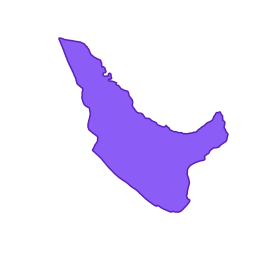 the district of Cidade De Pemba, Cabo Delgado, Mozambique, rotated 111°
{"feature_id": "85939544B58572468312701", "entity_name": "Cidade De Pemba", "entity_type": "district", "adm_level": 2, "iso_a3": "MOZ", "parent_name": "Mozambique", "parent_adm1": "Cabo Delgado", "projection": "natural_earth1", "projection_center": [40.514, -13.03], "detail": "fine", "context": "isolated", "style": "filled", "palette": "violet", "viewbox_px": 256, "rotation_deg": 111, "n_neighbors": 0, "source": "geoboundaries", "source_scale": "gbopen_adm2", "svg_char_len": 5682}
<svg xmlns="http://www.w3.org/2000/svg" viewBox="0 0 256 256"><g transform="rotate(111 128 128)"><path d="M68.6,224.4L69.5,224.4L70.1,224.0L70.7,223.2L71.5,222.5L72.6,221.4L73.2,221.0L74.2,220.0L74.6,219.3L75.5,218.8L76.2,217.9L76.9,217.5L77.7,216.5L78.5,216.0L79.1,215.3L79.9,214.8L80.7,214.0L82.5,212.4L83.1,212.0L83.9,211.1L85.8,209.3L86.5,209.0L87.1,208.2L89.6,205.7L90.3,205.2L90.7,204.3L91.4,203.9L91.8,203.3L92.6,202.6L93.2,201.7L93.9,201.3L94.3,200.5L95.1,200.1L95.4,199.3L96.0,199.0L96.6,198.4L97.2,197.7L98.6,196.6L98.9,195.8L99.6,195.4L100.4,194.8L101.0,194.0L102.1,193.6L103.5,192.3L104.8,191.6L105.0,190.9L105.2,190.7L105.3,190.5L107.5,184.2L111.7,183.4L112.2,183.1L113.6,182.7L113.8,182.5L116.1,182.0L118.3,180.5L120.3,178.9L122.0,177.0L122.8,174.5L123.1,171.4L124.1,170.7L124.4,170.6L127.6,168.6L128.3,168.3L129.2,168.1L129.8,168.0L131.0,167.8L132.4,167.5L133.1,167.5L133.8,167.3L134.5,167.3L135.5,167.1L136.3,167.1L137.5,166.9L138.4,166.8L139.0,166.6L139.5,166.2L140.2,166.2L141.0,165.9L141.8,165.4L142.6,164.7L143.5,164.0L143.9,163.1L145.2,159.3L145.5,158.3L145.7,157.6L145.9,156.6L146.5,154.8L146.7,153.9L147.6,152.9L148.2,152.7L149.4,152.3L150.3,152.1L150.9,151.8L151.7,151.8L153.8,152.2L155.3,152.7L155.9,152.7L156.8,152.8L158.2,152.8L159.1,152.9L159.8,152.9L160.4,153.2L161.7,153.0L162.3,151.3L165.7,142.8L171.8,131.8L175.3,124.3L177.5,118.4L177.7,117.3L177.8,117.0L178.0,116.0L178.3,115.0L178.6,113.9L178.8,112.1L180.1,107.8L181.6,103.7L182.4,100.0L182.5,99.7L182.6,99.0L183.7,95.8L185.0,93.0L185.0,92.9L185.0,92.7L185.1,92.4L186.1,90.1L187.8,86.1L189.1,81.8L189.9,78.7L190.6,76.0L190.8,74.7L190.8,73.7L190.6,73.3L190.4,73.1L190.1,73.3L189.9,73.3L189.8,72.8L189.8,72.0L189.8,71.8L189.9,70.6L190.5,68.7L190.8,66.3L191.0,62.3L191.1,60.7L191.1,58.5L191.0,57.8L190.8,57.3L189.9,56.7L189.7,56.0L189.7,55.4L189.7,54.4L189.3,53.6L189.1,52.8L188.8,51.6L188.2,50.4L187.4,49.5L186.4,48.7L184.9,47.9L183.7,47.4L182.1,46.7L178.6,45.3L175.5,44.4L174.3,44.2L173.2,44.5L172.8,45.3L172.8,46.2L172.5,47.3L171.6,48.0L170.9,48.6L170.0,49.2L168.8,49.1L168.9,49.3L167.4,49.5L165.2,50.0L164.1,50.1L162.1,50.5L160.8,50.6L159.9,50.6L159.1,50.7L157.8,50.9L156.9,51.1L155.8,51.8L153.1,53.6L151.0,55.5L150.0,56.1L148.9,56.5L147.9,56.8L146.0,57.5L143.9,57.5L141.3,56.7L140.2,56.0L138.6,54.9L137.0,53.5L134.7,51.0L133.6,49.7L132.6,48.5L131.8,47.0L130.9,45.8L130.1,45.1L129.2,45.1L128.5,45.5L128.0,46.0L127.3,46.3L126.6,46.2L125.6,45.6L124.6,45.1L123.6,44.3L123.1,43.9L122.2,43.5L121.4,43.5L120.5,43.5L119.5,43.1L118.6,42.7L117.9,42.3L117.2,41.8L116.2,41.1L115.7,40.5L114.8,38.6L114.2,37.6L113.4,36.7L112.7,36.0L111.8,35.8L111.1,35.7L109.1,34.3L108.2,33.8L107.8,33.6L106.6,32.5L105.6,31.9L104.8,31.6L103.7,31.6L100.9,32.1L98.5,32.3L97.8,32.6L97.3,33.4L96.9,34.1L96.5,35.0L95.5,35.7L95.0,36.2L94.5,36.6L94.2,37.2L93.6,38.1L92.8,38.6L91.8,38.8L89.6,39.1L88.9,39.4L88.1,39.5L87.3,40.4L87.2,41.0L86.9,42.0L86.5,42.5L85.8,42.6L85.3,42.8L85.0,43.2L84.4,43.4L83.8,43.6L83.5,43.7L83.4,43.8L82.6,44.3L82.2,45.2L82.0,45.5L81.8,45.9L80.9,46.8L80.3,47.3L80.1,47.8L80.1,48.3L80.4,48.6L80.8,48.8L81.0,48.9L81.3,49.2L81.5,49.5L81.6,50.1L81.6,50.5L81.9,50.8L82.5,51.1L83.2,51.3L84.3,51.3L84.9,51.5L85.2,51.5L85.9,51.8L86.2,51.8L87.0,51.9L88.8,51.9L89.7,51.9L90.5,52.2L90.9,52.4L91.8,53.0L93.1,54.2L93.6,54.7L94.1,55.2L94.8,55.9L95.5,56.4L96.4,56.7L97.4,57.2L98.3,57.5L98.8,57.9L99.4,58.4L99.8,58.7L100.0,59.0L100.7,59.5L101.4,59.8L103.6,61.1L104.3,61.6L105.1,62.0L106.3,62.4L107.0,62.8L107.5,63.3L108.0,63.8L108.2,64.4L108.3,65.0L108.6,65.3L109.3,66.0L109.6,66.5L109.8,66.7L110.0,67.0L110.4,67.5L110.6,68.1L110.9,68.8L111.4,69.5L111.8,69.8L112.1,70.7L112.7,71.8L112.7,72.5L113.0,73.3L113.4,74.0L113.4,74.9L113.2,75.6L113.2,76.3L113.4,77.0L113.8,77.8L114.1,78.9L114.2,79.5L114.2,80.7L114.3,81.9L114.9,83.7L114.9,85.4L114.8,86.5L114.6,87.7L114.6,88.5L114.4,88.7L113.9,89.0L113.4,89.4L113.2,90.5L113.1,90.9L112.8,91.4L112.6,91.7L112.5,92.3L112.5,92.7L112.1,93.1L112.0,93.3L113.7,94.0L114.1,94.6L114.4,95.8L114.5,97.4L114.4,101.3L114.0,102.4L113.2,103.1L113.0,103.5L112.8,105.3L112.8,106.8L112.7,108.0L112.5,109.0L111.9,110.0L111.6,111.3L111.7,112.5L111.9,113.2L112.3,113.8L112.5,115.2L112.0,116.3L111.5,116.9L110.8,118.1L110.4,118.5L109.8,119.4L109.5,120.4L109.7,121.6L110.0,122.6L110.2,123.8L110.0,125.5L108.6,127.9L107.8,128.9L107.3,129.9L106.9,130.7L106.0,131.6L104.4,132.4L102.6,132.7L101.4,133.2L100.0,134.4L99.4,135.5L98.3,137.3L97.7,138.3L96.9,138.9L94.9,140.2L94.1,140.9L93.8,142.4L94.0,143.4L94.2,144.7L94.0,145.9L93.9,147.7L93.9,148.5L93.1,149.9L92.7,150.2L92.5,150.8L92.2,151.7L91.9,151.8L91.7,152.4L91.7,153.1L92.0,153.9L91.7,154.5L90.6,155.2L90.0,155.0L89.9,157.0L89.9,158.5L90.1,160.1L90.8,162.3L90.6,163.1L90.2,163.4L89.7,163.4L89.1,163.0L88.7,161.8L87.6,161.1L86.6,161.6L85.8,162.4L84.4,162.9L83.9,163.2L83.5,164.1L83.4,164.7L83.8,165.3L84.3,165.6L85.2,165.3L86.2,165.1L86.8,165.8L87.3,166.9L88.0,167.9L88.0,169.0L87.6,170.1L86.6,170.7L85.5,170.7L84.3,168.9L83.1,168.8L82.6,169.3L82.0,169.9L80.4,171.0L80.0,171.7L79.8,172.4L79.7,172.9L80.0,173.6L80.1,174.2L79.6,174.7L78.8,174.8L78.3,175.4L77.6,175.7L76.6,176.0L76.1,176.5L75.5,177.4L74.6,177.8L74.4,180.1L74.4,181.0L74.3,182.3L74.0,184.0L74.0,184.8L73.8,185.6L73.5,186.3L73.0,187.6L72.8,188.6L72.2,189.3L71.7,190.0L68.8,192.7L68.2,193.5L67.7,194.5L66.9,195.4L66.5,196.6L65.2,198.9L65.2,199.6L65.0,201.2L65.0,201.9L64.9,202.6L64.9,203.5L65.1,204.4L65.4,205.1L65.4,206.0L65.6,206.9L65.9,207.7L65.9,208.4L66.2,209.2L66.4,210.9L66.4,211.6L66.7,212.3L67.0,213.0L67.0,213.7L67.2,214.5L67.5,215.3L67.5,216.1L68.0,217.7L68.0,218.5L68.1,219.2L68.1,221.7L68.2,222.6L68.4,223.5L68.6,224.4Z" fill="#8b5cf6" stroke="#5b21b6" stroke-width="1.5"/></g></svg>